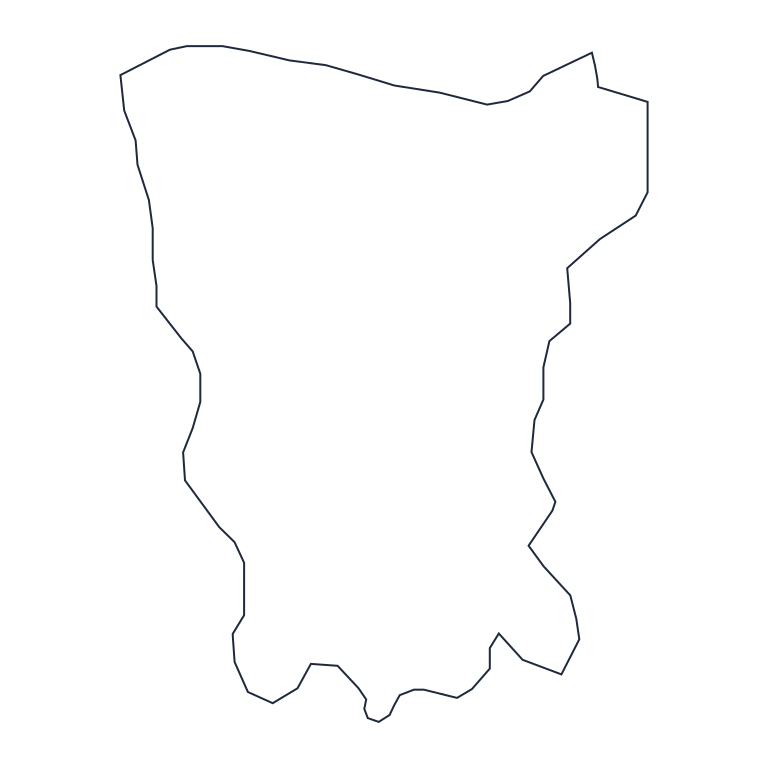 Yanggu-gun, Gangwon, South Korea
{"feature_id": "91817680B23922363914919", "entity_name": "Yanggu-gun", "entity_type": "district", "adm_level": 2, "iso_a3": "KOR", "parent_name": "South Korea", "parent_adm1": "Gangwon", "projection": "natural_earth1", "projection_center": [128.002, 38.166], "detail": "fine", "context": "isolated", "style": "outline", "palette": "slate", "viewbox_px": 768, "rotation_deg": 0, "n_neighbors": 0, "source": "geoboundaries", "source_scale": "gbopen_adm2", "svg_char_len": 1141}
<svg xmlns="http://www.w3.org/2000/svg" viewBox="0 0 768 768"><path d="M591.9,52.7L543.2,75.9L529.8,91.4L507.8,101.0L487.1,104.6L439.5,92.6L394.3,85.5L359.0,74.7L326.0,65.2L289.4,60.4L249.2,50.9L222.3,46.1L187.0,46.1L169.9,49.7L120.4,75.1L124.2,110.5L135.6,140.4L137.5,164.7L148.9,200.1L152.7,228.1L152.7,259.9L156.5,286.0L156.5,306.6L181.3,338.3L192.7,351.4L200.3,373.8L200.3,401.9L192.7,428.1L183.1,452.4L185.0,480.4L219.3,527.2L234.6,542.2L244.1,562.8L244.1,587.1L244.1,615.2L232.7,633.9L232.9,637.9L234.6,662.0L247.9,692.0L272.7,703.2L297.5,688.3L310.9,663.9L337.6,665.8L358.6,688.3L366.2,699.5L364.3,708.9L367.8,718.1L378.7,721.9L389.6,715.0L394.3,705.0L399.8,695.1L413.9,689.7L424.0,689.7L457.0,697.9L471.9,689.1L489.8,668.6L489.8,648.1L498.8,633.5L522.6,659.8L561.4,674.4L579.3,639.3L576.3,618.8L570.3,595.4L543.5,566.2L528.6,545.7L552.4,510.6L555.4,501.8L543.4,478.5L531.5,452.1L534.5,420.0L543.4,399.6L543.4,367.4L549.4,341.1L570.2,323.6L570.2,303.2L567.2,268.2L600.0,239.0L635.7,215.6L647.6,192.3L647.6,151.5L647.6,101.9L616.1,92.4L598.1,87.0L597.3,78.6L595.0,65.7L591.9,52.7Z" fill="none" stroke="#1e293b" stroke-width="2"/></svg>